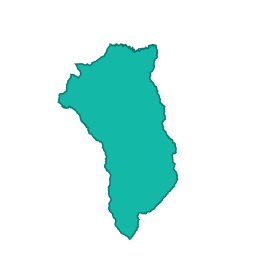 Comodoro, Mato Grosso, Brazil (orthographic projection), rotated 137°
{"feature_id": "56859067B94261224091437", "entity_name": "Comodoro", "entity_type": "district", "adm_level": 2, "iso_a3": "BRA", "parent_name": "Brazil", "parent_adm1": "Mato Grosso", "projection": "orthographic", "projection_center": [-59.748, -13.193], "detail": "fine", "context": "isolated", "style": "filled", "palette": "teal", "viewbox_px": 256, "rotation_deg": 137, "n_neighbors": 0, "source": "geoboundaries", "source_scale": "gbopen_adm2", "svg_char_len": 5807}
<svg xmlns="http://www.w3.org/2000/svg" viewBox="0 0 256 256"><g transform="rotate(137 128 128)"><path d="M51.3,169.3L52.9,172.0L53.1,172.1L53.0,170.9L53.4,170.7L54.2,172.4L56.3,173.9L56.5,173.3L56.6,173.8L57.0,174.0L57.4,173.3L58.3,173.1L58.9,172.4L59.2,172.5L59.2,172.9L59.8,172.9L59.9,174.1L60.1,173.8L60.3,174.6L60.8,174.9L61.5,174.4L61.9,174.7L62.9,174.7L62.5,175.4L63.5,175.6L63.3,176.5L64.3,176.7L64.9,177.6L65.2,177.7L65.0,176.6L67.1,176.5L67.5,176.8L67.6,177.3L66.7,178.4L68.0,178.4L68.7,178.8L69.1,178.2L69.8,178.8L71.6,178.7L71.8,179.2L70.8,179.4L70.8,179.8L71.8,180.4L71.6,180.8L71.1,181.1L70.1,180.7L69.8,181.2L70.4,181.9L71.3,181.6L71.5,181.8L69.7,183.6L69.7,183.9L70.0,184.0L70.8,183.6L72.6,183.7L72.6,184.0L71.9,184.5L71.9,185.2L71.0,186.3L71.1,186.6L71.7,186.8L72.0,186.1L72.9,186.1L73.0,186.5L72.6,186.9L72.9,187.9L73.0,190.7L73.5,190.9L73.5,190.1L74.9,191.1L75.5,190.7L75.8,191.0L75.6,191.4L75.8,191.7L76.3,191.6L76.3,191.9L75.7,192.2L75.6,192.9L75.1,192.8L76.0,194.3L78.1,194.2L78.7,194.9L78.7,196.1L79.3,197.4L80.2,196.8L80.5,197.4L81.3,196.8L81.5,197.7L82.1,197.6L82.2,198.5L83.1,199.0L83.4,199.6L83.4,200.7L84.0,201.5L85.1,200.5L89.0,200.0L92.3,198.2L93.0,198.2L93.4,197.8L94.0,197.9L96.2,196.9L99.7,198.2L101.8,198.0L102.9,198.3L106.2,198.6L109.6,200.1L110.0,200.2L110.7,199.3L111.6,199.6L112.2,199.4L113.1,199.8L113.8,200.6L114.0,202.4L116.6,203.0L116.9,204.2L117.9,206.3L122.8,210.5L122.9,208.5L124.2,205.8L124.3,204.2L124.0,202.7L124.6,201.9L124.6,201.1L125.4,200.3L125.5,199.6L126.7,199.0L130.3,198.7L130.3,199.6L131.5,204.0L133.3,206.0L133.8,205.3L134.8,204.8L135.5,203.7L137.5,203.8L138.5,203.4L140.1,203.3L140.2,202.8L141.3,202.1L142.9,201.6L145.7,199.0L146.3,198.2L146.9,198.0L147.9,196.7L149.2,197.2L152.2,197.5L153.7,198.6L154.2,199.3L156.1,198.9L156.1,198.2L156.8,197.6L158.7,196.4L160.5,194.5L161.3,194.3L160.8,193.3L160.9,192.3L160.3,190.2L161.5,188.6L161.3,187.8L161.0,188.2L160.8,187.9L160.0,187.8L160.2,187.0L160.8,187.2L161.0,186.5L160.3,185.6L159.8,185.8L159.5,184.4L158.8,184.3L158.3,183.7L157.4,183.6L157.0,184.0L156.3,184.1L155.9,183.5L156.1,182.1L155.4,181.9L155.5,181.5L155.1,180.8L155.2,179.8L154.6,179.1L154.4,178.3L154.7,178.1L154.3,175.7L154.5,174.3L154.9,173.8L154.6,172.6L154.8,171.7L154.3,170.5L155.2,169.3L156.1,167.3L156.6,167.1L156.6,166.1L157.3,165.4L157.0,164.0L157.4,163.9L157.1,162.8L157.4,161.7L156.9,161.0L157.3,160.0L156.8,159.9L156.8,159.5L157.1,158.6L157.5,158.3L157.9,156.6L157.5,156.2L157.1,155.7L157.7,154.5L158.6,154.1L158.8,152.6L159.2,152.4L159.9,151.0L159.8,149.7L158.7,148.1L158.7,147.6L159.2,147.0L159.5,144.0L159.5,143.2L158.9,142.4L159.4,141.8L159.5,140.9L158.4,139.0L158.0,138.8L158.0,137.0L157.0,136.1L157.2,134.3L158.1,132.6L159.8,131.3L160.0,129.8L160.9,128.1L160.8,126.1L161.4,125.2L162.2,124.7L163.0,121.9L163.7,121.5L163.9,120.9L165.6,120.7L166.0,119.3L166.5,118.8L167.5,118.6L167.7,117.7L168.3,116.9L169.7,117.0L171.6,115.4L171.8,114.7L171.5,114.5L172.0,112.6L172.8,111.4L172.1,110.4L171.6,110.3L172.2,108.8L172.1,107.2L173.0,105.1L174.3,104.3L174.7,103.7L175.6,103.5L176.5,102.8L178.7,99.7L179.7,99.1L180.1,98.4L180.8,98.5L182.8,98.1L183.0,97.1L183.8,96.7L185.0,94.9L186.9,93.2L187.4,92.4L188.4,90.2L188.3,88.5L189.5,86.8L190.4,86.8L191.6,86.0L192.4,86.1L193.5,85.6L194.6,83.9L196.6,82.6L197.4,81.7L197.1,81.3L197.1,80.9L198.1,80.0L197.7,75.6L198.6,74.8L199.6,72.4L199.4,69.6L200.8,67.9L203.1,66.5L203.8,64.7L203.6,62.3L204.2,60.9L203.9,59.5L204.3,58.3L204.2,57.2L204.7,55.7L203.0,51.7L202.8,50.2L202.2,49.3L202.7,45.5L201.0,45.5L199.7,45.9L198.8,45.6L196.8,46.5L195.0,46.3L194.0,47.2L193.3,47.2L192.0,47.8L191.4,47.3L191.1,47.4L191.3,47.7L190.2,48.3L189.0,48.6L188.5,49.0L188.0,48.9L188.0,49.4L187.6,49.3L186.8,50.6L186.3,50.5L186.0,51.2L185.1,51.8L184.8,52.4L183.0,53.7L182.5,53.7L182.8,54.1L181.6,55.9L181.3,57.4L180.5,57.3L178.4,58.4L177.6,58.3L177.0,57.6L176.4,57.4L176.0,55.7L173.5,53.5L173.3,53.7L172.8,53.2L172.4,53.6L171.4,53.6L170.0,52.8L169.5,52.0L168.6,51.7L166.9,51.5L166.2,51.8L164.4,51.1L162.9,51.2L161.9,51.9L159.9,51.5L158.9,52.0L157.8,51.6L157.5,51.8L155.1,51.6L154.8,51.9L154.4,51.6L153.6,52.0L152.4,51.8L151.0,52.7L150.5,52.5L149.0,52.9L147.5,52.5L146.3,52.6L145.1,53.5L144.1,52.9L143.9,53.1L143.4,53.0L143.0,53.8L141.1,53.6L140.7,53.1L139.6,53.2L138.5,53.9L137.7,53.5L135.6,54.2L133.9,53.6L132.2,55.1L130.8,55.1L129.4,55.6L129.0,56.1L126.8,56.6L125.8,58.5L124.6,59.4L124.6,60.3L124.2,60.4L123.5,61.3L123.3,62.3L122.7,63.3L122.9,64.6L122.6,66.8L121.6,67.8L120.4,68.2L118.1,69.8L118.5,71.5L118.2,72.7L116.9,74.1L115.5,76.4L113.9,78.1L111.9,78.8L111.3,77.4L109.5,77.4L109.2,77.7L109.4,78.3L107.4,79.6L106.1,81.5L105.9,82.4L106.0,83.2L105.0,83.4L104.4,84.0L104.4,85.9L105.1,86.5L105.2,86.9L104.1,88.1L103.6,89.3L104.6,91.3L104.3,92.1L104.9,93.5L104.9,93.8L104.2,94.0L104.4,95.9L103.7,98.0L103.0,99.3L103.3,101.1L103.1,102.5L102.6,103.5L101.2,104.9L100.2,108.3L99.1,108.5L98.3,109.2L97.4,108.7L96.9,109.1L96.1,109.3L94.8,109.0L94.3,109.3L93.9,110.2L93.3,110.7L92.9,111.7L92.3,112.3L92.1,114.0L90.0,115.0L89.4,116.3L87.8,118.2L86.6,118.5L86.6,119.9L87.1,121.2L86.8,121.8L87.1,122.3L86.8,123.2L87.7,123.9L86.0,126.1L84.9,126.8L84.6,127.6L84.5,128.5L82.9,131.1L83.2,132.9L82.4,133.4L82.0,134.7L81.0,134.7L81.0,136.3L80.2,137.0L80.2,137.7L79.4,138.5L79.2,139.1L79.8,139.7L79.8,140.4L79.5,141.0L79.3,142.7L78.7,143.3L78.8,145.0L79.3,146.5L78.8,146.7L78.7,148.0L78.1,150.0L77.1,150.2L76.8,150.7L76.1,150.6L74.6,152.3L74.4,152.9L72.9,153.3L71.7,153.0L68.0,154.2L66.4,155.4L66.4,156.3L66.1,157.0L65.3,157.0L65.0,157.9L64.4,158.0L62.6,159.4L62.0,159.3L61.4,159.9L60.7,160.0L59.9,159.6L58.1,159.9L57.4,161.1L57.6,161.6L57.4,161.9L57.0,161.7L55.5,162.8L55.4,163.3L55.1,163.0L54.7,163.8L53.9,164.4L53.1,166.8L52.5,167.2L52.7,167.9L51.5,168.7L51.3,169.3Z" fill="#14b8a6" stroke="#0f766e" stroke-width="1.5"/></g></svg>